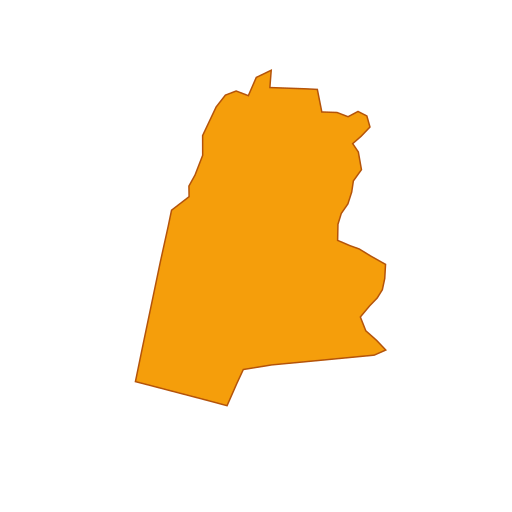 Machados, Pernambuco, Brazil, rotated 146°
{"feature_id": "56859067B21118824924593", "entity_name": "Machados", "entity_type": "district", "adm_level": 2, "iso_a3": "BRA", "parent_name": "Brazil", "parent_adm1": "Pernambuco", "projection": "orthographic", "projection_center": [-35.513, -7.704], "detail": "fine", "context": "isolated", "style": "filled", "palette": "amber", "viewbox_px": 512, "rotation_deg": 146, "n_neighbors": 0, "source": "geoboundaries", "source_scale": "gbopen_adm2", "svg_char_len": 816}
<svg xmlns="http://www.w3.org/2000/svg" viewBox="0 0 512 512"><g transform="rotate(146 256 256)"><path d="M426.2,219.3L375.5,161.7L363.7,148.1L343.1,161.1L330.0,169.0L304.0,157.0L213.4,107.7L201.0,105.5L203.2,118.6L206.8,132.6L203.6,147.1L189.4,151.2L179.0,153.4L170.1,157.4L161.9,165.3L153.3,176.6L161.1,192.2L166.5,204.1L172.3,212.0L179.6,223.3L170.3,236.5L161.5,243.6L150.7,247.8L140.9,255.5L133.3,263.8L120.3,268.6L113.0,285.0L113.0,295.1L101.8,296.5L89.4,299.2L85.8,310.1L90.6,318.8L101.8,320.0L108.6,329.7L120.9,338.6L112.0,359.8L120.9,366.5L150.3,387.9L139.5,401.5L155.9,403.9L172.7,393.2L180.2,403.9L191.4,406.5L205.6,401.9L232.9,385.7L243.9,369.3L261.3,357.2L272.5,351.5L278.3,342.6L300.4,341.2L312.2,329.7L338.4,304.8L402.8,242.2L426.2,219.3Z" fill="#f59e0b" stroke="#b45309" stroke-width="1.5"/></g></svg>